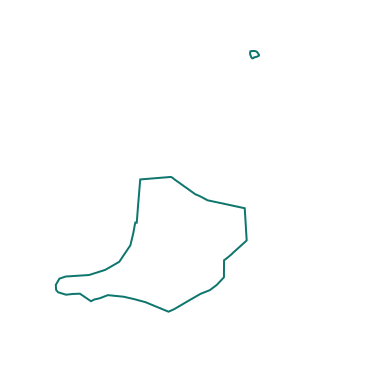 the district of Olorunsogo, Oyo, Nigeria, rotated 210°
{"feature_id": "59680162B59717618896779", "entity_name": "Olorunsogo", "entity_type": "district", "adm_level": 2, "iso_a3": "NGA", "parent_name": "Nigeria", "parent_adm1": "Oyo", "projection": "albers", "projection_center": [4.137, 8.508], "detail": "fine", "context": "isolated", "style": "outline", "palette": "teal", "viewbox_px": 384, "rotation_deg": 210, "n_neighbors": 0, "source": "geoboundaries", "source_scale": "gbopen_adm2", "svg_char_len": 1388}
<svg xmlns="http://www.w3.org/2000/svg" viewBox="0 0 384 384"><g transform="rotate(210 192 192)"><path d="M224.9,46.9L222.8,50.1L218.8,53.8L213.3,60.6L198.9,67.1L188.9,70.2L177.3,73.3L159.2,75.7L152.5,76.6L151.3,78.2L148.9,81.6L145.5,87.5L140.3,96.7L133.6,108.2L127.5,115.9L124.1,123.9L121.7,134.1L130.1,148.9L128.5,152.7L126.6,157.9L126.1,159.8L120.5,177.1L120.5,177.5L138.2,204.3L174.4,192.6L183.5,192.3L188.0,191.7L214.0,194.2L215.6,194.6L217.8,194.5L243.1,177.0L240.3,171.0L231.6,152.6L224.5,137.8L225.8,137.2L224.9,134.3L223.5,130.5L222.0,126.1L218.7,115.0L219.0,111.1L220.1,95.2L228.2,81.2L239.7,68.6L250.5,61.4L259.2,55.6L263.5,50.7L263.5,43.5L261.7,40.7L260.6,39.2L257.8,38.2L249.7,40.1L244.4,44.0L238.2,47.9L224.9,46.9ZM202.7,344.4L203.1,344.5L203.6,344.8L204.6,345.2L205.0,345.6L206.0,345.8L206.3,345.8L207.2,345.8L209.1,345.0L210.6,344.0L211.8,343.0L211.5,342.5L211.4,342.1L211.3,341.6L210.9,340.9L210.4,340.3L209.6,339.6L209.1,339.2L208.6,338.8L208.2,338.5L208.0,338.3L207.8,338.2L207.7,338.2L207.4,338.1L207.1,338.0L206.8,338.0L206.6,337.9L206.4,338.0L206.2,338.2L206.2,338.3L206.0,338.6L205.9,338.7L205.7,338.8L205.7,339.1L205.7,339.3L205.6,339.5L205.4,339.7L205.3,339.8L205.2,340.0L204.9,340.2L204.7,340.3L204.5,340.5L204.4,340.7L204.2,340.8L203.7,341.4L203.4,341.7L203.0,342.3L202.4,343.1L202.3,343.7L202.7,344.4Z" fill="none" stroke="#0f766e" stroke-width="2"/></g></svg>